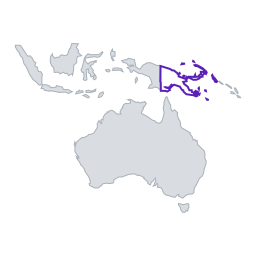 Papua New Guinea highlighted, orthographic projection
{"feature_id": "PNG", "entity_name": "Papua New Guinea", "entity_type": "country or territory", "adm_level": 0, "iso_a3": "PNG", "parent_name": "Oceania", "parent_adm1": "", "projection": "orthographic", "projection_center": [148.76, -6.492], "detail": "medium", "context": "with_neighbors", "style": "outline", "palette": "violet", "viewbox_px": 256, "rotation_deg": 0, "n_neighbors": 3, "source": "natural_earth", "source_scale": "50m", "svg_char_len": 6756}
<svg xmlns="http://www.w3.org/2000/svg" viewBox="0 0 256 256"><path d="M160.6,65.9L161.1,90.8L157.7,87.7L153.9,87.0L153.0,88.1L148.3,88.3L149.8,85.2L152.1,84.1L151.0,80.0L149.2,76.8L141.9,73.7L138.9,73.5L133.3,70.1L132.2,72.0L130.8,72.4L130.0,71.0L129.9,69.4L127.1,67.6L131.0,66.1L133.7,66.1L133.3,65.1L128.0,65.3L126.5,63.1L123.2,62.5L121.7,60.6L126.6,59.5L128.5,58.3L134.4,59.6L136.0,67.1L139.9,69.3L142.9,65.2L147.2,62.8L150.5,62.7L156.5,65.3L160.6,65.9ZM103.0,91.8L103.5,93.6L101.5,96.6L98.6,97.6L98.2,97.2L99.7,93.4L103.0,91.8ZM135.6,82.9L135.1,80.0L136.5,77.3L137.4,78.4L137.4,80.2L135.6,82.9ZM78.3,43.7L76.3,47.3L78.6,50.7L78.0,52.4L81.6,55.7L77.7,56.4L76.6,59.0L76.8,62.5L73.7,65.3L73.7,69.1L72.6,75.0L72.1,73.7L68.6,75.6L67.2,73.4L65.0,73.4L63.4,72.3L59.8,73.9L58.6,72.2L54.2,72.4L53.6,67.3L52.1,66.4L50.6,63.3L50.2,60.0L50.6,56.5L52.4,53.8L52.8,56.3L54.9,58.2L56.8,57.3L58.7,57.4L60.5,55.3L62.0,54.9L65.0,55.7L67.5,54.7L69.3,49.3L70.5,47.9L71.8,43.6L78.3,43.7ZM117.6,67.9L121.6,68.8L123.0,71.7L119.9,70.2L112.4,70.4L113.2,68.2L117.6,67.9ZM108.8,72.0L106.4,71.4L105.6,69.8L109.2,69.5L110.1,70.7L108.8,72.0ZM112.5,49.2L112.7,51.3L114.8,51.5L115.1,53.1L114.9,56.4L113.1,56.1L112.5,58.4L114.0,60.4L113.0,60.8L111.6,58.5L110.5,53.7L111.3,50.7L112.5,49.2ZM90.6,54.7L98.9,54.6L102.3,51.7L102.9,52.5L100.1,56.4L97.5,57.3L94.2,56.7L85.6,58.0L85.1,60.9L88.1,64.0L89.9,62.2L96.3,60.6L96.0,62.3L94.5,61.9L93.1,64.2L90.1,65.8L93.4,70.5L92.8,71.8L96.0,76.1L96.1,78.6L94.3,79.8L92.9,78.5L94.5,75.3L91.2,77.0L90.3,76.0L90.7,74.5L88.2,72.4L88.3,68.7L86.1,70.0L86.9,79.8L84.8,80.5L83.3,79.5L84.1,75.9L83.5,72.3L82.1,72.3L81.0,69.8L82.3,67.2L84.4,58.3L85.1,56.7L88.0,53.8L90.6,54.7ZM87.6,97.8L83.0,95.4L86.0,94.5L89.1,96.6L89.0,97.7L87.6,97.8ZM90.6,91.1L92.8,90.7L95.8,89.1L95.4,91.2L90.4,92.6L86.0,92.4L85.8,91.0L88.4,90.1L90.6,91.1ZM80.4,91.1L82.4,90.6L83.3,92.2L75.7,93.9L76.6,91.7L78.4,91.5L79.1,90.1L80.4,91.1ZM49.8,86.1L50.2,87.4L55.9,87.3L56.4,85.6L62.2,87.0L63.5,89.4L68.2,89.7L72.2,91.7L68.7,93.4L65.2,92.1L59.3,92.4L50.7,90.7L49.6,91.3L44.3,90.2L43.6,88.6L41.1,88.6L42.7,84.8L46.1,84.7L49.8,86.1ZM37.3,67.0L37.8,69.6L38.8,71.6L40.8,71.7L42.3,74.0L41.8,78.8L42.0,84.7L39.0,85.1L36.5,82.2L32.9,79.5L29.6,74.4L26.2,66.7L24.0,63.8L22.4,57.8L20.3,55.7L19.2,52.7L17.6,50.8L15.4,47.1L15.4,45.2L20.4,45.3L27.6,56.1L30.2,55.9L32.3,58.2L33.8,61.2L35.8,62.7L34.8,65.9L36.3,67.0L37.3,67.0Z" fill="#d9dde1" stroke="#a8b0b8" stroke-width="1"/><path d="M239.7,96.4L240.6,97.7L238.1,97.6L236.8,95.3L239.7,96.4ZM238.2,93.0L237.6,93.7L235.0,90.3L234.3,88.0L235.6,88.1L238.2,93.0ZM235.1,94.0L231.5,93.6L230.7,93.0L231.0,91.5L233.4,92.1L235.1,94.0ZM230.9,86.8L231.9,88.8L225.6,84.4L226.2,84.0L230.9,86.8ZM219.4,81.2L223.1,84.1L222.4,84.3L220.7,83.4L219.2,81.8L219.4,81.2Z" fill="#d9dde1" stroke="#a8b0b8" stroke-width="1"/><path d="M187.0,203.7L188.7,203.9L188.9,207.6L188.0,208.7L187.7,211.1L186.7,210.3L184.8,212.4L182.6,212.2L180.7,209.6L180.3,207.5L178.5,204.8L178.5,203.4L183.2,204.7L187.0,203.7ZM119.0,176.9L113.9,179.8L113.8,181.6L113.1,183.0L109.0,183.6L106.4,183.1L102.6,183.9L101.5,185.8L100.7,185.7L98.7,187.8L94.9,188.0L89.7,185.5L89.1,183.6L90.3,183.0L90.5,182.3L89.5,178.7L88.6,176.7L85.0,171.4L84.5,169.4L82.3,166.2L80.7,164.9L79.6,162.2L76.4,158.0L78.0,159.4L76.2,156.2L77.9,157.1L79.1,158.5L78.5,156.6L74.9,151.8L75.0,146.9L74.2,144.8L74.8,142.1L75.7,144.9L76.3,142.3L81.6,137.7L83.0,137.3L83.9,137.7L87.8,135.6L88.9,134.4L90.7,134.4L93.8,133.1L97.4,127.3L97.2,123.8L99.0,120.5L100.8,123.6L102.1,122.8L100.7,121.1L101.6,119.3L103.1,120.0L103.2,117.1L105.5,113.6L107.1,112.9L107.1,111.9L108.6,112.2L108.6,111.3L111.7,110.1L114.4,111.7L116.5,113.9L120.9,114.1L120.0,112.0L121.4,108.9L122.9,107.9L122.3,107.0L123.7,104.7L125.7,103.3L127.6,103.7L130.5,102.9L130.4,101.0L127.7,99.8L129.5,99.2L132.0,100.0L134.0,101.5L137.1,102.4L138.1,102.0L140.4,103.1L142.4,102.0L143.8,102.3L144.6,101.5L146.4,103.4L144.2,107.0L143.0,107.1L143.5,108.6L141.3,112.4L141.7,113.5L147.5,116.6L152.1,120.0L155.0,120.9L155.7,122.1L159.1,123.3L161.5,122.0L162.8,118.3L164.1,113.2L163.3,108.1L163.7,105.3L164.4,104.5L163.8,103.2L165.4,98.0L166.7,96.6L167.8,98.4L168.1,100.8L169.0,101.3L169.2,102.9L170.6,104.8L170.8,108.3L172.2,111.2L174.6,109.8L177.6,112.8L177.2,114.5L178.1,117.7L178.7,119.6L179.6,120.1L180.6,123.3L180.3,125.2L181.5,127.7L190.4,133.0L189.9,133.9L191.9,136.2L193.3,140.2L194.7,139.4L196.1,141.0L197.0,140.4L197.5,144.3L204.2,150.9L205.0,153.8L204.7,158.1L206.2,161.1L205.9,164.2L204.2,168.9L203.5,173.4L201.9,176.5L199.5,178.2L196.1,185.4L194.9,187.0L194.1,189.5L193.8,192.8L192.1,194.0L188.7,194.1L185.9,195.4L182.8,198.1L178.5,196.1L178.8,194.4L177.2,195.0L174.8,197.4L165.7,194.9L163.6,193.0L161.9,188.8L160.3,187.5L157.3,187.2L158.1,185.5L157.0,183.1L155.8,185.4L153.2,186.1L154.5,184.2L154.8,182.3L155.8,180.6L155.2,178.1L153.0,181.0L151.3,182.2L150.5,184.9L147.9,183.6L147.7,181.8L143.6,178.2L144.0,177.4L139.7,175.4L137.5,175.4L134.3,173.8L128.8,174.4L121.9,177.0L119.0,176.9Z" fill="#d9dde1" stroke="#a8b0b8" stroke-width="1"/><path d="M160.8,90.8L160.7,82.3L160.3,81.7L160.5,66.0L170.1,69.0L172.2,70.4L173.8,70.4L178.7,74.2L178.6,76.4L185.5,78.9L186.4,79.9L186.6,81.2L183.2,81.9L184.1,83.9L187.7,86.7L189.4,90.3L191.7,90.2L191.9,92.0L194.8,92.7L193.8,93.2L194.2,94.0L197.9,94.8L196.4,95.1L197.1,95.9L195.9,96.4L193.8,95.3L186.3,94.2L183.5,91.6L183.3,90.3L182.0,89.9L179.8,86.6L174.0,84.7L172.6,85.4L170.8,84.3L171.9,86.2L170.3,86.4L170.7,87.2L166.6,87.7L165.9,87.1L165.4,87.2L166.4,87.8L168.8,88.2L169.8,90.1L167.1,91.5L165.5,90.9L160.8,90.8ZM200.8,71.8L202.8,71.9L203.9,72.4L203.7,74.2L202.3,75.2L202.6,76.6L200.5,77.0L199.4,78.4L196.5,79.7L193.4,79.8L188.5,77.4L188.8,76.7L194.1,76.9L195.1,74.9L195.5,76.9L198.2,76.6L199.8,74.7L201.1,74.4L200.8,71.8ZM217.2,81.5L216.3,82.1L214.9,81.6L214.4,80.0L212.8,78.5L212.7,76.7L214.0,77.4L217.2,81.5ZM206.0,74.0L205.2,73.5L204.9,71.6L203.4,69.5L197.6,66.3L197.9,65.6L202.5,68.2L206.2,71.5L206.7,72.5L206.0,74.0ZM182.0,63.4L185.0,63.7L181.6,64.2L182.0,63.4ZM196.7,91.4L197.7,91.7L198.1,92.7L196.4,92.5L196.7,91.4ZM196.4,66.0L195.4,66.0L194.6,65.2L195.6,64.9L196.4,65.2L196.4,66.0ZM198.8,94.0L199.6,93.8L199.3,94.7L198.3,94.3L197.6,92.8L198.8,94.0ZM204.2,90.2L205.8,90.4L205.9,91.0L204.2,90.2ZM206.6,99.0L208.7,100.0L206.9,99.7L206.6,99.0ZM187.3,78.0L186.3,77.3L186.4,76.7L187.4,77.2L187.3,78.0ZM196.0,92.0L195.1,91.5L195.5,90.9L195.9,91.1L196.0,92.0ZM212.4,76.6L212.0,75.4L212.3,75.0L212.7,75.8L212.4,76.6ZM184.0,76.5L183.4,76.0L183.9,75.6L184.2,75.8L184.0,76.5ZM193.9,61.7L193.1,61.4L193.2,61.0L193.7,61.3L193.9,61.7ZM179.8,73.5L179.1,73.6L179.6,73.1L179.8,73.5ZM198.9,89.1L198.5,88.3L198.9,87.9L199.0,88.5L198.9,89.1ZM170.0,88.4L170.7,89.0L169.1,88.0L170.0,88.4Z" fill="none" stroke="#5b21b6" stroke-width="2"/></svg>